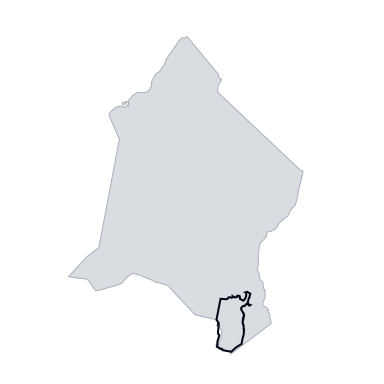 Turkana North, Rift Valley, Kenya (highlighted), rotated 191°
{"feature_id": "3690345B58335120983870", "entity_name": "Turkana North", "entity_type": "district", "adm_level": 2, "iso_a3": "KEN", "parent_name": "Kenya", "parent_adm1": "Rift Valley", "projection": "robinson", "projection_center": [35.285, 4.376], "detail": "fine", "context": "in_parent", "style": "outline", "palette": "ink", "viewbox_px": 384, "rotation_deg": 191, "n_neighbors": 0, "source": "geoboundaries", "source_scale": "gbopen_adm2", "svg_char_len": 7076}
<svg xmlns="http://www.w3.org/2000/svg" viewBox="0 0 384 384"><g transform="rotate(191 192 192)"><path d="M87.1,233.8L87.0,228.7L87.7,215.8L87.6,204.4L88.2,198.7L90.6,195.1L91.8,192.5L92.6,188.9L93.9,185.9L96.8,183.5L97.4,182.1L100.5,178.1L102.3,172.9L103.8,171.1L105.5,169.5L106.8,168.6L108.8,167.7L110.4,167.2L110.7,166.8L110.8,166.0L110.3,162.8L111.0,161.7L112.1,159.6L113.3,157.5L114.4,156.3L115.1,155.0L115.4,152.7L115.4,151.1L115.4,148.4L115.0,142.5L113.7,137.5L112.9,131.9L113.5,130.0L112.5,126.8L112.0,126.6L111.1,125.9L110.0,122.8L109.2,120.0L108.7,119.2L105.2,116.8L103.4,111.0L101.5,109.7L100.4,103.9L100.2,102.2L101.3,96.5L101.2,95.2L100.0,93.9L96.7,92.7L94.0,90.3L94.4,89.5L94.6,88.6L93.2,88.0L89.1,78.2L94.4,72.3L99.7,66.2L106.5,58.7L112.8,51.7L118.2,45.7L123.0,40.3L122.9,41.3L122.9,42.7L123.5,43.5L124.5,44.1L125.9,43.5L127.1,42.6L128.3,42.5L135.6,44.7L136.8,46.6L136.7,48.7L137.0,50.3L136.5,51.8L135.9,56.4L136.0,60.7L138.2,63.8L140.2,66.3L141.7,69.7L142.9,70.8L144.4,71.3L149.4,71.5L156.8,71.7L163.9,71.9L164.6,72.0L166.1,72.5L172.6,77.2L178.6,81.4L183.7,85.2L188.6,88.8L193.4,92.3L197.1,95.2L200.8,96.1L206.7,96.5L210.8,96.7L214.7,97.9L220.3,99.0L224.5,99.6L227.1,100.3L234.2,100.9L235.3,100.6L238.4,97.3L241.9,92.1L243.3,89.2L247.8,86.3L255.7,82.3L261.3,79.4L267.5,76.6L270.4,79.1L274.3,83.0L276.0,85.0L277.4,85.8L279.5,86.4L282.1,86.4L283.5,86.3L286.4,85.8L293.1,85.4L297.0,85.4L293.7,90.7L289.9,96.9L282.7,108.5L277.3,114.6L273.2,119.2L272.8,120.1L272.9,125.2L272.9,137.7L273.0,162.9L273.2,188.0L273.3,213.1L273.3,225.6L273.3,229.8L276.9,235.1L280.4,240.3L285.1,247.1L287.6,250.8L288.0,252.0L287.8,254.4L284.0,259.5L280.8,261.9L276.6,263.0L275.4,262.8L273.7,262.0L273.0,263.3L272.5,265.2L271.6,264.8L270.9,264.2L271.3,267.6L271.8,269.3L271.1,271.5L269.1,273.5L268.9,275.2L264.4,279.6L258.1,280.1L254.8,282.2L253.3,284.0L252.2,287.9L252.6,293.9L250.8,298.5L250.5,300.8L247.2,303.7L245.8,306.5L244.7,309.3L243.8,310.5L242.7,316.7L241.2,320.5L240.8,321.8L240.4,322.9L239.2,325.1L238.4,326.6L237.9,327.6L234.0,337.3L231.0,341.7L228.7,341.2L227.1,342.9L227.0,343.7L226.1,343.3L224.2,341.7L220.1,338.4L216.1,335.1L212.1,331.8L208.0,328.5L204.0,325.2L200.0,321.9L195.9,318.6L191.9,315.3L189.5,313.4L188.5,312.3L187.7,310.0L187.3,309.4L186.2,308.7L184.9,308.5L184.6,308.1L184.6,307.0L185.0,305.4L186.5,302.4L186.7,300.6L186.4,298.6L185.9,295.4L185.5,294.7L182.8,293.0L177.2,289.4L171.6,285.9L166.0,282.3L160.4,278.8L154.8,275.2L149.2,271.7L143.6,268.1L138.0,264.6L132.4,261.0L126.8,257.5L121.2,254.0L115.6,250.4L110.0,246.9L104.4,243.3L98.7,239.8L93.1,236.2L91.0,234.9L89.1,233.8L87.1,233.8ZM273.7,268.2L272.7,268.5L273.2,266.8L276.1,264.6L277.2,265.1L277.5,265.6L277.4,266.0L276.9,266.5L273.7,268.2Z" fill="#d9dde1" stroke="#a8b0b8" stroke-width="1"/><path d="M127.5,98.9L127.3,98.6L127.2,98.5L127.2,98.1L127.3,97.9L127.4,97.7L127.5,97.6L127.9,97.7L128.1,97.6L128.3,97.6L128.5,97.4L128.6,97.2L129.1,96.8L129.5,96.8L129.9,96.7L130.3,96.9L130.3,96.7L130.6,96.7L130.8,96.7L131.0,96.7L131.3,96.8L131.6,96.7L131.8,97.1L132.1,97.1L132.4,97.2L132.5,97.3L132.5,96.8L132.6,96.6L132.6,96.0L133.1,95.7L133.7,95.7L134.2,95.7L134.9,95.9L135.3,95.9L135.7,95.7L136.0,95.5L136.2,95.3L136.4,94.9L136.4,94.7L136.5,94.5L136.6,94.4L136.8,93.9L137.3,93.7L137.6,93.6L137.8,93.3L143.6,92.6L143.6,76.4L143.6,71.2L142.2,69.9L140.8,68.4L141.3,67.9L141.3,67.6L140.8,67.4L140.7,67.3L140.7,67.1L140.9,66.1L141.0,66.0L140.2,65.6L140.2,64.0L140.0,62.7L139.9,60.6L139.7,59.3L139.5,58.3L139.3,57.8L138.9,57.3L138.6,57.1L138.1,57.0L137.9,56.8L138.0,55.3L138.1,54.5L138.1,53.5L138.2,53.0L138.2,52.6L138.2,52.2L138.4,51.3L138.4,50.9L138.4,50.6L138.5,50.4L138.5,50.2L138.4,49.6L138.5,49.3L138.5,49.2L138.4,48.9L138.3,48.5L138.1,48.1L137.9,47.6L138.1,46.7L138.4,46.3L138.4,46.1L138.2,45.8L138.2,45.3L138.2,45.2L138.0,44.8L137.9,44.7L137.7,44.6L137.4,44.8L137.1,44.7L136.9,44.6L136.7,44.6L136.5,44.4L136.3,44.3L136.0,44.3L136.0,44.2L135.8,43.9L135.5,43.8L135.3,43.9L135.2,43.9L135.1,43.7L134.9,43.5L134.7,43.5L134.3,43.5L134.2,43.5L134.0,43.4L133.9,43.4L133.7,43.4L133.3,43.6L132.9,43.6L132.8,43.8L132.7,43.8L132.5,43.7L132.4,43.3L132.1,43.1L132.0,42.8L131.9,42.6L123.0,42.6L119.3,47.7L114.4,52.3L114.4,58.8L114.3,59.2L114.3,59.5L114.1,60.0L114.2,60.5L114.1,60.8L114.1,61.3L114.1,61.7L114.2,62.6L114.2,63.2L114.2,63.6L114.4,64.2L114.4,64.4L114.5,64.7L114.5,65.0L114.5,65.3L114.4,65.7L114.5,65.9L114.7,66.0L114.8,66.1L114.8,66.3L114.8,66.5L114.7,66.5L114.7,66.8L114.6,67.0L115.0,67.6L115.1,67.8L115.3,67.9L115.4,68.0L115.4,68.4L115.4,68.7L115.4,69.0L115.5,69.2L115.5,69.5L115.6,69.8L115.8,70.2L115.9,70.4L115.9,70.6L116.0,70.6L116.2,70.9L116.4,71.2L116.3,71.5L116.5,71.8L116.4,71.9L116.4,72.0L116.5,72.1L116.8,72.4L116.9,72.5L117.0,72.7L117.1,72.8L117.3,73.0L117.5,73.4L117.5,73.6L117.4,73.6L117.4,73.9L117.5,74.1L117.4,74.3L117.5,74.4L117.5,74.6L117.5,74.8L117.4,75.1L117.4,75.4L117.4,75.6L117.4,75.8L117.4,76.0L117.4,76.3L117.4,76.6L117.5,76.6L117.4,76.8L117.5,76.9L117.5,77.0L117.6,77.3L117.5,77.5L117.4,77.7L117.5,77.8L117.4,77.9L117.4,78.0L117.5,78.1L117.6,78.4L117.4,78.6L117.5,78.8L117.4,79.1L117.5,79.2L117.4,79.7L117.5,79.7L117.4,79.9L117.4,80.1L117.5,80.3L117.4,80.4L117.3,80.5L117.4,80.8L117.4,81.0L117.5,81.2L117.5,81.3L117.6,81.5L117.7,81.8L117.8,81.7L117.9,81.8L118.0,82.1L118.3,82.3L118.4,82.6L118.4,82.8L118.6,82.9L118.6,83.1L118.7,83.3L118.8,83.4L118.9,83.5L119.0,83.5L119.3,83.8L119.7,84.2L119.8,84.3L120.0,84.4L120.1,84.6L120.2,84.8L120.4,85.0L120.5,85.2L120.6,85.3L120.7,85.5L120.8,85.5L120.9,86.0L121.5,86.5L121.6,86.9L121.6,87.1L121.6,87.5L121.5,87.9L121.2,88.2L121.0,88.5L120.7,89.2L120.3,89.7L120.1,89.8L119.8,89.9L119.6,90.0L119.4,90.0L119.0,89.9L118.8,89.9L118.7,90.0L118.4,90.5L118.2,90.8L118.1,91.2L118.0,91.4L118.0,91.6L117.9,91.7L117.7,91.7L117.7,91.8L117.4,91.9L117.3,92.0L117.2,92.3L117.0,92.7L116.8,92.8L116.8,92.7L116.7,92.9L116.4,92.8L116.2,92.9L115.8,92.7L115.6,92.5L115.4,92.1L115.2,92.0L115.0,91.9L114.9,91.9L114.6,91.6L114.4,91.6L114.2,91.5L113.8,91.5L113.4,91.9L113.2,92.1L113.5,92.1L113.8,92.3L114.0,92.3L114.5,92.4L114.8,92.6L115.1,93.0L115.3,93.1L115.4,93.3L115.5,93.4L115.7,93.6L115.8,93.7L115.9,93.9L116.0,94.1L116.1,94.4L116.2,94.7L116.2,95.0L116.3,95.1L116.2,95.4L116.0,97.0L115.9,98.8L115.8,99.0L115.7,99.4L115.4,99.8L115.5,99.9L115.6,101.0L115.4,102.2L115.3,103.2L115.3,103.3L115.9,103.5L116.3,103.6L116.6,103.8L116.9,103.8L117.1,103.9L118.6,104.5L118.8,104.4L119.1,104.4L119.2,104.2L119.3,104.2L119.6,103.9L119.8,103.9L120.0,103.8L120.2,103.7L120.4,103.6L120.1,103.5L119.9,103.3L119.7,103.1L119.5,102.7L119.4,102.5L119.3,102.2L119.2,101.9L119.1,101.3L119.1,100.2L119.0,99.7L119.1,99.3L119.2,99.1L119.2,98.9L119.3,98.6L119.3,98.0L119.4,97.6L119.5,97.2L119.9,96.5L120.1,96.4L120.3,96.0L120.5,95.7L120.6,95.4L120.8,95.1L121.6,95.3L122.6,95.5L122.8,95.7L123.3,96.0L123.5,96.0L124.1,96.0L124.3,96.1L124.5,96.3L124.6,96.7L124.7,97.0L124.8,97.2L124.9,98.0L125.3,98.7L125.4,98.8L125.5,99.0L125.7,98.9L125.9,98.9L126.2,98.8L126.3,98.8L126.4,99.0L126.5,99.0L126.5,98.9L126.8,99.0L127.1,99.0L127.5,98.9Z" fill="none" stroke="#020617" stroke-width="2"/></g></svg>